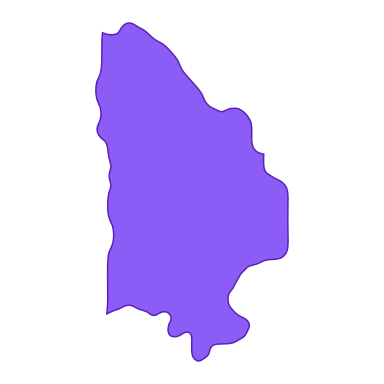 Villa Gonzalez, Santiago, Dominican Republic (Robinson projection)
{"feature_id": "3306468B91060644356542", "entity_name": "Villa Gonzalez", "entity_type": "district", "adm_level": 2, "iso_a3": "DOM", "parent_name": "Dominican Republic", "parent_adm1": "Santiago", "projection": "robinson", "projection_center": [-70.779, 19.554], "detail": "fine", "context": "isolated", "style": "filled", "palette": "violet", "viewbox_px": 384, "rotation_deg": 0, "n_neighbors": 0, "source": "geoboundaries", "source_scale": "gbopen_adm2", "svg_char_len": 2941}
<svg xmlns="http://www.w3.org/2000/svg" viewBox="0 0 384 384"><path d="M102.5,32.8L101.9,41.7L101.8,61.6L101.3,68.6L100.3,73.7L97.0,81.4L96.3,84.6L95.9,88.0L95.9,93.2L96.7,98.3L97.6,101.2L100.3,107.6L101.0,112.1L101.0,115.2L100.6,118.2L99.8,120.9L97.7,125.7L97.1,128.4L97.1,129.8L97.6,132.7L98.7,135.1L101.1,138.0L104.8,141.0L105.6,141.9L106.8,144.5L107.5,147.5L108.8,157.2L110.9,164.9L110.9,167.4L109.4,173.2L109.1,175.9L109.4,178.6L110.6,183.4L110.9,185.7L110.5,188.1L108.9,193.0L108.3,196.1L107.8,201.1L107.7,208.0L108.1,213.1L108.7,216.4L109.6,219.3L112.4,225.7L113.2,229.0L113.7,234.1L113.5,239.3L112.9,242.6L112.0,245.6L109.2,252.0L108.4,255.2L108.0,258.7L107.6,267.5L107.7,300.0L107.5,305.4L106.8,313.9L112.4,311.2L119.1,308.8L124.9,305.9L127.4,305.3L128.8,305.2L130.2,305.3L132.7,306.0L138.4,309.0L145.9,311.4L148.0,312.5L150.4,314.4L152.3,315.2L153.4,315.4L155.7,315.1L160.8,312.5L163.1,311.8L165.7,311.8L166.9,312.2L168.0,312.8L169.8,314.5L170.9,316.7L171.1,317.9L170.8,320.2L168.9,324.4L168.3,327.0L168.0,329.8L168.1,331.1L168.8,333.7L169.6,334.9L170.7,335.8L171.9,336.4L174.3,336.8L176.9,336.5L179.3,335.7L183.3,333.3L185.3,332.3L187.7,332.1L188.8,332.5L189.9,333.2L190.8,334.3L191.3,335.6L191.8,338.4L191.7,351.2L192.2,354.4L192.6,355.9L193.2,357.2L194.8,359.3L196.8,360.7L198.1,361.0L199.3,360.9L201.5,360.1L205.3,357.6L207.2,356.1L208.6,354.1L210.0,349.5L211.0,347.3L211.8,346.3L212.8,345.5L214.0,344.9L216.6,344.2L228.7,343.6L233.3,342.7L235.7,341.6L242.4,337.7L244.5,336.1L246.0,333.9L248.7,328.4L249.3,326.0L249.3,324.7L249.0,323.4L247.8,321.2L246.1,319.4L243.9,318.1L239.1,315.7L236.6,313.9L233.2,310.7L230.3,307.1L228.8,304.3L228.4,302.8L228.0,299.8L228.1,296.9L228.3,295.5L229.2,293.0L232.7,288.5L235.1,283.9L241.0,273.6L247.4,267.2L249.5,266.0L257.1,263.9L263.1,261.1L265.8,260.2L268.9,259.7L276.6,259.1L279.6,258.4L281.0,257.9L283.3,256.4L285.2,254.3L286.0,253.2L287.2,250.3L287.8,247.0L288.1,241.9L287.8,220.7L288.0,197.7L287.7,192.5L287.0,189.3L286.5,187.7L285.0,185.2L282.2,182.3L279.9,180.8L273.9,177.8L267.5,173.7L265.7,171.9L264.9,170.6L264.4,169.2L263.8,166.1L263.6,161.1L263.7,154.1L259.8,153.2L257.3,152.0L256.2,151.2L254.3,149.2L252.9,146.8L252.1,143.8L251.7,140.7L251.7,127.9L251.1,123.2L250.7,121.7L249.4,119.0L247.8,116.5L246.0,114.3L243.9,112.2L241.7,110.5L239.3,109.1L237.9,108.6L235.1,108.2L230.9,108.5L228.3,109.2L224.0,111.1L222.9,111.5L221.8,111.6L220.6,111.6L218.4,110.8L212.7,108.1L210.2,106.8L209.1,106.0L207.2,104.1L205.5,101.9L204.2,99.3L201.8,94.0L199.3,90.2L195.4,85.5L186.1,75.1L183.2,71.5L180.9,67.7L179.2,63.6L177.9,60.8L175.3,57.0L172.4,53.4L169.3,50.0L166.0,46.7L163.7,44.7L161.3,43.1L157.5,41.1L155.1,39.7L151.9,37.1L146.6,32.2L143.3,29.7L138.3,27.1L133.9,24.3L131.5,23.3L130.2,23.0L127.4,23.2L126.1,23.6L124.0,25.0L123.0,25.8L121.4,27.8L118.9,31.9L118.1,32.9L117.1,33.6L116.0,34.1L113.4,34.7L109.2,34.7L106.4,34.1L102.5,32.8Z" fill="#8b5cf6" stroke="#5b21b6" stroke-width="1.5"/></svg>